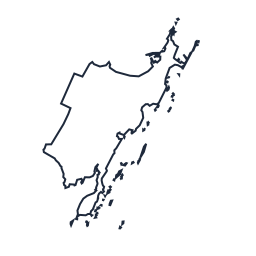 outline of Akraneskaupstaður, Vesturland, Iceland, rotated 168°
{"feature_id": "244011B30892314657027", "entity_name": "Akraneskaupstaður", "entity_type": "district", "adm_level": 2, "iso_a3": "ISL", "parent_name": "Iceland", "parent_adm1": "Vesturland", "projection": "mercator", "projection_center": [-22.054, 64.332], "detail": "fine", "context": "isolated", "style": "outline", "palette": "slate", "viewbox_px": 256, "rotation_deg": 168, "n_neighbors": 0, "source": "geoboundaries", "source_scale": "gbopen_adm2", "svg_char_len": 5809}
<svg xmlns="http://www.w3.org/2000/svg" viewBox="0 0 256 256"><g transform="rotate(168 128 128)"><path d="M192.3,83.0L191.2,83.1L188.5,87.9L184.1,88.0L183.6,86.6L185.1,84.6L184.8,83.4L183.8,83.9L180.4,88.8L175.8,87.7L172.3,88.4L169.7,91.0L169.9,92.5L168.0,96.5L164.5,99.1L167.3,95.7L166.7,94.3L167.4,92.6L166.0,92.5L165.1,90.3L165.9,90.1L166.2,88.7L167.6,88.5L167.8,86.3L169.6,83.5L169.3,80.3L169.6,79.4L171.6,76.4L171.7,75.3L172.9,74.4L172.0,73.5L175.0,71.4L182.0,70.2L186.4,68.2L190.7,63.6L194.6,57.8L194.9,54.1L196.4,51.8L193.1,53.0L187.5,51.4L185.0,52.2L182.7,51.7L181.5,54.3L179.3,55.7L175.2,61.9L173.6,62.5L171.9,65.3L172.2,65.4L171.1,68.3L169.9,69.9L167.7,71.1L166.6,69.7L164.7,70.9L165.3,72.3L165.2,73.3L164.6,73.5L163.6,75.5L164.5,77.0L164.7,78.9L164.7,82.1L164.1,84.1L157.8,90.1L157.5,90.8L158.0,93.0L147.9,105.3L146.5,106.1L146.0,109.0L143.7,110.6L136.3,118.6L139.1,119.2L139.5,121.4L140.5,122.3L139.4,124.7L137.2,125.3L137.2,124.3L133.5,122.0L127.1,126.4L124.1,124.9L125.3,123.3L125.6,122.2L125.3,121.8L121.1,123.8L120.3,125.5L116.0,128.2L111.0,134.8L110.5,140.6L111.3,142.6L109.9,145.3L105.7,147.6L103.6,147.2L102.2,145.2L98.3,146.5L95.0,145.2L92.7,146.1L82.0,159.5L81.5,161.6L82.6,163.3L80.8,168.6L74.8,178.1L69.0,180.2L66.2,179.1L63.2,176.5L60.8,177.3L62.3,174.9L62.0,174.7L49.8,189.1L51.4,188.4L55.4,182.9L58.5,188.4L56.1,182.2L58.7,179.6L60.1,179.8L62.1,181.8L63.0,180.7L64.0,181.4L65.1,183.0L63.8,184.2L64.1,185.0L65.9,183.7L68.1,186.2L68.6,187.1L67.1,189.8L62.2,197.1L65.3,200.1L65.9,203.6L67.3,205.1L66.8,208.6L65.2,210.3L66.5,212.1L71.3,207.2L70.7,206.7L70.4,205.3L71.5,203.4L76.1,199.0L75.0,199.0L74.9,197.9L76.6,195.6L78.2,195.6L78.5,196.4L81.2,194.9L88.3,196.3L95.7,195.7L92.1,195.4L91.7,194.1L87.7,195.2L82.0,193.6L82.9,191.9L86.1,192.7L87.9,191.6L86.0,192.2L81.5,191.1L82.3,188.1L85.9,186.0L87.9,188.6L87.4,186.8L89.3,186.5L90.5,191.3L91.1,191.2L90.9,188.6L91.8,186.8L90.9,183.0L96.5,179.3L106.8,176.3L115.1,178.7L128.1,185.4L133.1,190.6L133.2,192.3L132.2,193.6L132.9,196.5L136.4,193.9L142.7,194.0L148.0,197.5L149.2,200.0L152.3,198.6L161.9,187.8L169.2,192.4L188.4,165.8L180.1,159.4L183.6,153.9L190.3,145.2L206.5,128.0L211.6,129.0L213.9,125.2L215.2,124.4L215.3,121.9L206.0,113.5L205.3,111.4L203.1,108.3L202.0,104.9L201.1,104.0L201.4,102.5L200.5,96.5L201.5,93.5L200.0,90.9L201.3,88.4L202.4,87.7L202.3,85.4L201.3,84.6L201.7,82.3L198.1,82.8L196.7,85.1L192.5,83.9L192.3,83.0ZM113.5,108.8L116.3,106.4L122.1,96.5L117.5,101.3L113.5,108.8ZM143.1,88.1L145.7,87.4L147.3,85.2L149.3,84.3L150.3,81.7L145.3,84.5L143.1,88.1ZM43.7,198.3L45.6,194.5L49.0,189.8L48.0,190.2L42.7,197.8L42.8,198.7L43.7,198.3ZM159.9,60.4L161.7,57.7L162.1,56.5L161.4,56.2L158.6,60.3L159.9,60.4ZM200.9,48.9L203.6,47.8L204.1,46.1L203.9,44.6L200.9,48.9ZM140.3,92.7L138.7,91.9L136.6,93.8L137.1,94.1L140.3,92.7ZM65.8,214.2L66.8,212.6L66.1,212.3L64.3,214.5L64.9,215.4L66.4,214.4L65.8,214.2ZM79.6,159.7L82.1,156.8L82.0,156.4L80.4,157.2L79.5,158.9L79.6,159.7ZM152.8,37.6L153.6,35.1L152.4,35.7L151.8,37.5L152.8,37.6ZM187.9,42.7L188.4,41.5L188.2,40.7L187.5,41.0L186.7,43.2L187.9,42.7ZM95.7,142.1L94.2,142.2L93.3,143.4L93.4,144.0L95.7,142.1ZM124.7,93.6L125.6,91.9L125.5,91.4L123.7,93.5L124.7,93.6ZM83.1,138.4L83.6,136.7L81.9,138.8L82.0,139.0L83.1,138.4ZM156.3,33.1L157.1,31.6L156.6,31.4L155.5,32.2L156.3,33.1ZM131.1,93.5L131.5,92.5L129.7,93.1L129.9,93.7L131.1,93.5ZM79.2,165.7L80.9,164.6L79.9,164.4L79.2,165.7ZM57.3,224.3L56.8,223.4L55.8,223.8L56.2,224.6L57.3,224.3ZM158.2,74.3L157.7,73.4L157.0,73.9L157.5,74.6L158.2,74.3ZM63.2,216.5L62.9,215.6L62.3,215.9L62.7,217.1L63.2,216.5ZM152.9,80.1L152.3,79.6L151.9,80.6L152.3,80.8L152.9,80.1ZM188.5,44.8L188.0,44.0L187.6,45.0L188.1,45.3L188.5,44.8ZM167.3,63.1L167.7,61.9L166.8,62.9L167.3,63.1ZM76.7,169.9L77.9,169.0L77.4,169.0L76.7,169.9ZM43.7,194.6L42.6,194.6L42.5,195.2L42.9,195.4L43.7,194.6ZM178.3,47.8L178.9,47.1L177.9,47.1L178.3,47.8ZM133.9,120.0L133.6,119.3L133.0,120.4L133.2,120.7L133.9,120.0ZM59.5,221.2L59.4,220.2L58.8,221.0L59.5,221.2ZM98.0,140.2L97.8,139.4L97.1,139.8L97.6,140.5L98.0,140.2ZM107.4,129.3L107.3,128.4L106.6,128.8L107.0,129.6L107.4,129.3ZM176.4,51.2L176.4,50.5L175.6,50.7L175.6,51.3L176.4,51.2ZM41.6,197.9L41.1,197.4L40.7,198.2L41.1,198.4L41.6,197.9ZM174.6,56.1L175.0,55.2L174.1,55.3L174.6,56.1ZM111.2,124.2L112.1,123.6L112.4,123.2L111.2,124.2ZM77.1,152.3L76.7,151.6L76.2,151.8L76.7,152.6L77.1,152.3ZM170.8,58.1L170.0,57.6L169.8,58.1L170.3,58.4L170.8,58.1ZM158.8,71.4L158.5,70.7L157.9,71.2L158.3,71.7L158.8,71.4ZM123.4,95.0L123.2,94.4L122.6,95.4L122.9,95.6L123.4,95.0ZM173.5,56.3L173.3,55.7L172.6,55.9L173.0,56.6L173.5,56.3ZM113.5,123.1L113.7,122.2L113.0,122.4L113.5,123.1ZM78.7,149.6L78.1,149.3L77.7,149.9L78.4,150.1L78.7,149.6ZM182.1,50.2L181.9,49.7L181.2,50.1L181.8,50.5L182.1,50.2ZM160.1,69.3L160.5,68.6L159.8,68.8L160.1,69.3ZM197.4,49.6L196.7,49.3L196.5,50.0L196.9,50.2L197.4,49.6ZM64.2,212.0L63.9,211.6L63.3,211.8L63.7,212.4L64.2,212.0ZM161.3,69.4L161.8,68.4L160.9,69.0L161.3,69.4ZM142.2,95.0L142.1,94.0L141.5,94.5L141.9,95.1L142.2,95.0ZM63.8,214.9L63.2,214.3L62.9,214.5L63.1,215.0L63.8,214.9ZM177.4,53.5L176.8,53.4L176.5,53.8L177.0,54.3L177.4,53.5ZM160.5,70.8L160.9,70.2L160.1,70.2L160.5,70.8ZM78.7,146.0L78.1,145.5L77.9,146.0L78.4,146.4L78.7,146.0ZM144.6,81.9L144.2,81.1L144.0,81.8L144.2,82.0L144.6,81.9ZM143.7,83.2L143.4,82.7L143.0,83.0L143.2,83.6L143.7,83.2ZM64.4,210.8L63.9,210.1L63.7,210.7L64.0,211.1L64.4,210.8ZM177.6,49.4L177.8,48.5L177.1,48.9L177.6,49.4ZM62.1,212.6L62.3,211.9L61.6,212.2L62.1,212.6ZM67.3,170.1L66.9,169.2L66.7,169.9L67.3,170.1ZM145.5,80.3L145.4,79.8L144.8,80.1L145.0,80.6L145.5,80.3ZM108.0,127.7L108.1,126.8L107.6,127.0L108.0,127.7ZM76.7,151.2L77.1,150.5L76.5,150.6L76.7,151.2ZM164.8,66.8L164.6,66.0L164.2,66.5L164.8,66.8ZM85.1,136.2L84.9,135.7L84.4,135.9L84.6,136.5L85.1,136.2Z" fill="none" stroke="#1e293b" stroke-width="2"/></g></svg>